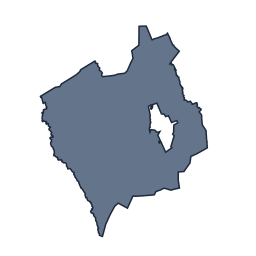 outline of Shurugwi, Midlands, Zimbabwe, rotated 155°
{"feature_id": "62879985B74735389049647", "entity_name": "Shurugwi", "entity_type": "district", "adm_level": 2, "iso_a3": "ZWE", "parent_name": "Zimbabwe", "parent_adm1": "Midlands", "projection": "natural_earth1", "projection_center": [30.229, -19.744], "detail": "fine", "context": "isolated", "style": "filled", "palette": "slate", "viewbox_px": 256, "rotation_deg": 155, "n_neighbors": 0, "source": "geoboundaries", "source_scale": "gbopen_adm2", "svg_char_len": 5838}
<svg xmlns="http://www.w3.org/2000/svg" viewBox="0 0 256 256"><g transform="rotate(155 128 128)"><path d="M132.5,56.3L129.5,58.6L124.8,58.1L120.8,58.2L117.6,55.6L116.7,54.6L115.1,53.4L113.2,53.2L106.7,51.9L104.6,59.3L101.0,66.9L95.7,64.9L92.1,67.0L86.6,70.1L83.0,75.7L81.1,75.6L75.9,75.6L64.5,76.5L63.5,79.1L63.2,80.1L62.2,82.1L61.8,83.9L58.4,92.6L59.3,99.5L56.9,106.3L56.3,107.2L55.8,109.0L56.8,112.6L54.4,113.4L53.9,114.0L53.8,114.3L54.1,114.6L54.4,115.1L54.8,116.3L55.5,116.2L55.8,116.4L55.6,116.7L55.9,117.5L56.3,117.8L56.2,118.8L55.4,119.4L55.2,120.2L55.3,120.7L55.1,120.8L54.9,121.3L55.0,121.8L55.5,122.0L56.1,122.0L56.3,122.1L56.8,121.9L57.8,122.3L58.2,122.1L58.9,122.3L59.4,122.2L59.8,122.4L59.6,123.2L59.8,124.0L60.1,124.8L60.0,125.6L60.4,126.0L60.8,125.9L61.6,126.3L62.1,126.2L62.6,126.3L63.0,126.7L63.3,128.0L63.6,128.6L64.5,129.3L65.3,129.5L65.3,129.9L64.8,130.4L64.2,131.3L64.1,131.7L64.5,132.6L64.4,133.1L63.8,133.5L63.6,133.7L63.9,134.4L64.1,136.2L63.9,136.5L63.5,136.5L63.3,136.8L63.1,137.9L62.9,138.3L62.7,139.3L62.4,139.8L61.8,140.1L61.5,141.2L61.5,141.7L62.2,141.5L62.3,141.7L62.0,143.5L62.1,144.1L62.3,144.5L62.2,145.4L62.2,146.4L61.3,148.4L61.2,150.6L60.5,152.6L61.1,153.2L61.4,153.4L61.5,153.8L61.1,154.6L61.9,155.6L61.9,155.8L61.5,156.3L61.3,156.9L60.9,159.1L59.9,160.2L59.9,160.3L60.2,160.6L60.8,160.7L61.1,160.9L61.2,161.2L61.1,161.5L60.9,161.7L60.7,161.7L60.4,161.5L60.2,161.6L60.1,162.4L60.2,163.9L60.2,165.7L60.3,166.3L60.6,166.6L61.9,167.0L61.3,168.0L61.3,168.6L61.6,168.6L62.1,168.3L62.8,168.5L60.2,170.1L49.1,175.9L51.5,181.7L51.6,183.7L52.3,184.1L52.3,189.5L52.0,192.1L52.2,195.6L52.1,197.2L54.2,196.4L56.4,196.8L58.7,196.8L60.2,197.0L62.7,197.1L66.9,197.8L68.6,197.6L69.0,197.8L68.4,211.2L68.5,212.7L72.1,214.3L75.0,215.5L83.2,198.4L91.9,196.5L92.2,195.7L93.0,192.5L93.6,190.8L93.8,189.3L97.1,186.5L97.3,186.5L104.5,180.2L107.7,179.0L114.6,181.2L117.7,181.4L123.4,183.2L129.3,185.3L129.6,185.8L129.5,186.9L129.1,188.0L128.4,188.3L128.2,188.5L128.1,189.0L128.1,189.5L128.8,191.3L129.3,192.1L129.5,192.9L129.5,193.1L128.8,193.5L128.3,194.2L128.3,194.6L128.8,195.5L129.1,196.3L128.9,196.9L129.1,197.9L128.3,199.1L128.5,199.4L129.7,200.3L130.0,200.6L130.0,200.8L129.5,201.6L129.7,202.7L146.5,200.8L147.4,199.7L151.1,198.5L153.4,198.0L160.9,197.1L168.5,196.2L169.5,196.2L172.2,194.4L176.8,195.6L194.0,193.7L194.1,192.6L193.3,192.3L194.5,186.2L194.3,186.0L193.6,186.1L192.8,186.4L192.3,186.4L192.1,186.0L192.9,183.6L192.9,182.5L192.7,181.7L192.7,181.2L192.9,180.8L193.2,180.6L193.3,181.0L193.5,181.0L193.6,180.0L193.9,179.7L194.5,179.7L196.0,180.3L196.7,180.3L197.2,179.8L198.0,177.9L198.4,177.6L198.9,178.3L199.4,178.3L199.7,177.9L199.6,176.2L199.8,175.5L200.5,175.3L200.9,174.7L201.9,172.7L201.9,172.0L202.8,170.8L202.8,170.1L202.7,169.9L202.3,169.8L201.9,170.2L201.5,170.3L200.0,168.3L199.6,168.5L199.3,168.4L199.2,168.1L199.4,167.8L200.2,167.3L200.4,166.6L200.4,166.0L200.2,165.8L199.9,165.8L199.2,166.2L198.5,165.7L198.4,165.2L199.3,163.6L198.6,162.3L197.9,161.5L198.1,161.2L199.1,161.2L199.3,161.0L200.0,160.5L200.3,159.9L200.0,159.2L199.5,158.5L199.6,157.4L199.2,156.9L199.1,156.3L199.6,155.6L200.3,155.2L200.4,154.9L200.3,154.2L200.5,153.7L200.3,153.5L200.0,153.4L200.0,152.9L199.4,152.5L199.4,152.3L199.7,151.6L199.8,151.5L200.2,151.5L200.6,151.5L201.6,152.2L202.2,152.4L202.6,152.2L203.0,151.6L203.1,151.3L202.9,150.7L202.4,150.2L202.2,149.8L202.5,149.4L202.9,148.3L203.8,147.9L204.5,147.1L205.0,144.8L204.9,144.7L204.9,144.2L205.0,143.8L204.3,142.3L204.3,141.5L204.3,141.0L204.6,140.6L204.4,139.2L204.6,138.4L205.3,136.4L205.6,136.0L206.3,135.6L206.9,134.3L206.8,134.1L206.2,134.0L206.0,133.8L205.6,132.6L205.0,131.7L204.8,131.1L204.6,130.8L204.2,131.0L204.1,130.9L204.2,130.3L204.8,129.5L204.8,129.2L204.7,128.7L204.7,128.4L203.3,127.9L202.9,127.5L202.4,127.4L202.0,127.6L201.6,126.5L202.0,126.0L202.1,125.8L202.0,125.1L201.5,124.8L201.5,124.5L201.3,124.3L201.3,124.1L201.2,123.8L200.6,123.7L200.5,123.4L199.7,123.1L199.1,122.1L199.0,121.1L199.5,120.2L199.8,119.4L199.5,117.5L199.8,116.8L199.8,116.3L198.2,116.0L197.6,115.5L197.5,115.3L197.4,114.5L197.1,114.2L197.2,113.4L197.0,112.8L196.8,111.6L195.7,110.6L195.7,110.4L196.2,109.7L196.9,108.8L196.8,108.5L196.5,108.0L196.4,107.3L196.8,106.0L196.5,105.5L196.3,104.2L196.3,103.3L196.2,102.2L196.3,101.4L195.5,100.5L195.5,99.5L195.9,98.6L195.8,97.7L196.0,96.3L195.8,95.3L195.9,94.6L196.1,93.8L195.2,91.9L194.8,88.3L194.4,86.9L195.2,85.5L195.7,82.7L194.9,82.3L194.8,82.1L194.9,81.4L195.1,81.0L195.1,79.4L194.4,78.4L193.7,77.8L193.7,77.3L193.5,76.9L193.7,76.5L193.6,76.3L193.2,76.1L192.9,75.7L193.1,75.4L193.3,75.4L193.4,75.2L193.2,74.3L193.3,73.8L193.2,73.3L193.5,72.8L193.5,72.5L193.8,72.2L193.4,71.4L193.4,71.0L193.8,70.2L195.1,69.9L195.1,69.6L194.7,69.4L194.7,69.2L196.4,68.8L196.8,68.2L197.2,68.0L197.1,66.6L196.4,65.6L195.8,65.4L195.5,64.4L196.1,63.3L195.9,61.8L195.3,60.4L195.9,59.1L196.4,57.4L196.3,56.9L196.2,55.4L197.1,52.8L196.9,51.9L197.2,50.9L196.9,49.8L197.8,49.5L198.4,48.4L198.5,47.1L199.0,45.4L198.6,44.3L199.2,42.9L197.3,40.7L197.0,40.5L188.9,50.1L181.0,56.9L173.1,62.7L168.6,64.0L162.4,55.6L153.7,63.0L153.5,63.3L152.5,64.2L149.5,62.8L144.1,60.6L132.5,56.3ZM80.7,111.7L85.2,111.3L88.5,104.8L90.2,103.5L89.4,101.5L97.0,93.0L96.6,91.6L104.1,90.1L104.0,101.3L105.9,101.0L105.9,102.7L104.1,102.7L104.0,108.9L100.6,111.3L102.1,111.4L103.7,112.0L104.0,113.3L104.7,114.8L107.8,116.8L109.9,114.9L109.6,116.5L108.8,118.7L108.4,119.1L107.5,119.4L107.3,120.7L106.4,121.9L105.9,122.9L105.5,122.9L104.9,123.5L104.9,124.6L104.6,125.4L104.0,126.3L104.1,127.0L103.8,127.9L103.6,128.1L103.5,128.7L103.1,129.0L102.6,129.8L100.3,139.0L97.4,139.2L98.6,136.8L99.3,135.8L98.8,135.2L97.3,136.0L95.7,138.8L91.4,138.3L91.7,126.6L89.5,125.3L89.0,122.3L86.2,122.1L86.2,114.5L80.7,114.1L80.7,111.7Z" fill="#64748b" stroke="#1e293b" stroke-width="1.5"/></g></svg>